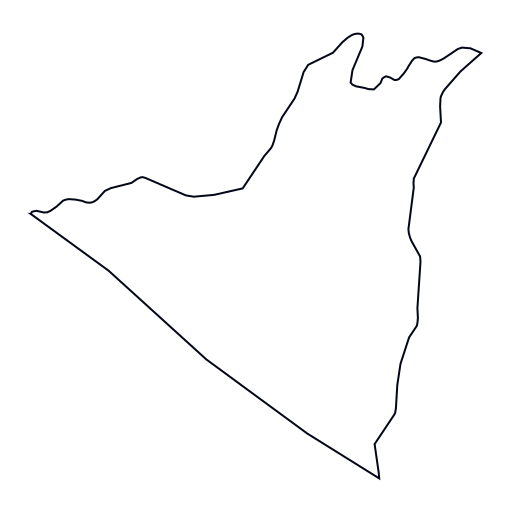 map outline of Retalhuleu (orthographic projection)
{"feature_id": "GTM-1946", "entity_name": "Retalhuleu", "entity_type": "Department", "adm_level": 1, "iso_a3": "GTM", "parent_name": "Guatemala", "parent_adm1": "", "projection": "orthographic", "projection_center": [-91.761, 14.429], "detail": "fine", "context": "isolated", "style": "outline", "palette": "ink", "viewbox_px": 512, "rotation_deg": 0, "n_neighbors": 0, "source": "natural_earth", "source_scale": "10m", "svg_char_len": 1506}
<svg xmlns="http://www.w3.org/2000/svg" viewBox="0 0 512 512"><path d="M379.2,478.4L307.2,433.5L206.4,359.5L108.6,270.7L30.7,213.9L30.8,213.9L31.9,211.9L33.8,211.3L36.5,210.8L43.8,212.5L47.2,212.3L50.7,210.7L56.8,206.4L63.0,200.7L65.3,199.8L68.7,199.1L75.6,199.6L82.2,200.9L85.8,202.3L87.8,202.6L89.9,202.7L91.9,202.4L94.4,201.3L97.2,199.4L104.9,190.9L110.9,188.1L131.5,182.9L137.1,179.0L140.7,177.4L142.4,177.1L145.3,177.9L185.9,195.4L193.7,196.7L213.9,194.9L242.7,188.4L264.3,156.0L271.1,148.0L272.6,145.1L274.2,140.4L276.7,130.2L279.1,123.7L282.1,117.2L294.5,98.6L297.6,91.7L303.6,72.1L308.2,64.8L333.0,52.7L342.3,42.3L347.4,37.9L350.3,36.0L352.2,34.9L354.3,34.1L357.3,33.6L359.6,33.8L361.5,34.4L362.7,36.2L363.4,37.7L362.4,46.5L352.5,70.1L350.6,82.6L352.4,84.6L355.9,86.3L364.4,87.9L368.5,89.1L373.9,89.4L380.4,83.2L382.4,78.5L383.8,77.4L386.1,76.3L390.1,77.5L394.4,80.0L396.3,80.0L398.8,79.1L403.9,73.3L407.4,68.4L408.1,66.9L412.0,60.8L414.4,58.2L416.3,57.5L418.8,57.2L426.0,59.1L430.2,60.6L434.0,61.6L436.3,61.6L439.6,60.6L443.7,58.5L457.8,49.0L462.0,47.6L470.4,48.3L481.3,53.0L460.5,71.4L444.9,89.2L443.0,92.0L440.9,96.4L440.5,98.4L440.1,106.4L440.6,115.5L441.0,122.5L413.8,178.6L413.5,183.0L413.6,185.3L413.8,187.4L408.4,229.3L408.9,233.5L410.0,237.3L411.4,240.9L420.1,256.5L420.5,261.8L417.4,308.3L417.9,317.8L417.5,322.4L416.9,325.7L409.1,337.4L400.5,363.8L397.3,385.0L395.9,408.5L395.1,413.0L394.3,414.6L374.6,444.1L378.7,472.6L379.2,478.4Z" fill="none" stroke="#020617" stroke-width="2"/></svg>